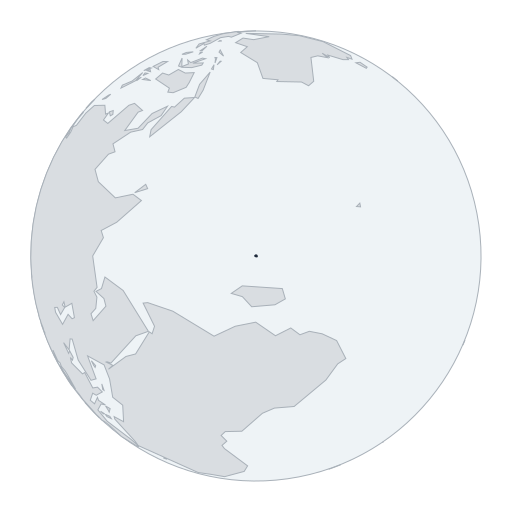 the Earth from above Mauritius, rotated 259°
{"feature_id": "MUS", "entity_name": "Mauritius", "entity_type": "country or territory", "adm_level": 0, "iso_a3": "MUS", "parent_name": "Seven seas (open ocean)", "parent_adm1": "", "projection": "orthographic", "projection_center": [57.545, -20.252], "detail": "fine", "context": "on_globe", "style": "filled", "palette": "slate", "viewbox_px": 512, "rotation_deg": 259, "n_neighbors": 0, "source": "natural_earth", "source_scale": "50m", "svg_char_len": 6103}
<svg xmlns="http://www.w3.org/2000/svg" viewBox="0 0 512 512"><g transform="rotate(259 256 256)"><circle cx="256" cy="256" r="225" fill="#eef3f6" stroke="#a8b0b8"/><path d="M32.8,286.7L33.7,292.6L34.9,299.3L32.8,286.7ZM48.8,344.4L49.3,345.6L49.4,345.8L48.8,344.4ZM132.0,444.1L129.0,442.0L129.3,442.2L132.9,444.7L133.6,445.1L132.0,444.1ZM228.3,32.4L231.5,32.1L225.9,33.0L219.1,33.8L221.2,34.1L223.0,33.5L226.1,33.3L232.0,32.2L234.5,32.1L236.0,31.6L239.6,31.4L238.7,31.6L250.6,30.8L259.5,30.8L261.0,30.8L260.2,30.8L261.1,30.8L272.0,31.3L272.6,31.3L268.9,31.1L277.9,31.8L279.0,31.9L277.5,32.0L279.4,32.2L281.6,32.2L279.7,32.0L296.9,34.5L313.9,38.3L330.5,43.4L346.7,49.8L362.3,57.4L377.3,66.2L391.6,76.1L405.1,87.1L417.7,99.1L418.7,100.3L427.5,110.1L430.9,114.3L429.5,113.5L424.6,107.1L419.4,101.8L416.8,98.7L412.9,96.2L409.1,91.8L407.9,92.6L413.0,97.8L417.8,101.1L418.5,104.6L428.8,116.3L434.6,126.1L432.8,136.4L424.0,135.4L424.5,138.4L418.6,132.2L414.4,135.8L428.2,160.0L429.0,165.9L420.5,172.4L419.7,167.7L404.2,151.1L403.9,164.6L415.7,181.2L419.9,197.7L411.9,189.6L407.3,175.1L401.8,168.8L401.5,156.6L393.4,137.0L385.2,137.5L384.1,130.6L371.8,114.5L359.0,115.4L339.9,129.0L340.1,147.0L332.3,154.1L315.7,125.7L310.6,108.9L303.1,109.7L287.2,95.7L255.5,94.0L252.3,90.2L246.0,92.0L235.1,88.7L230.8,83.0L223.6,83.8L235.4,99.1L243.3,98.6L251.8,92.2L253.5,98.1L264.2,103.7L247.5,119.0L202.6,136.0L200.6,122.8L178.6,93.2L180.6,89.6L180.6,89.3L180.5,88.6L176.0,94.6L173.0,89.6L182.2,109.2L182.8,119.1L201.9,136.8L199.5,139.2L206.4,143.0L231.3,136.2L230.9,140.8L217.7,163.8L185.3,199.5L191.0,222.2L191.1,243.1L174.0,259.9L178.7,276.4L170.3,284.1L171.9,294.0L167.0,306.1L157.6,319.0L138.2,324.6L134.5,315.6L120.9,300.9L101.0,264.7L103.2,245.1L100.4,232.3L86.7,208.7L89.5,192.3L86.5,187.5L79.8,192.0L76.6,186.5L72.9,188.3L51.6,207.7L46.8,203.3L45.4,183.0L50.5,169.5L54.5,157.9L92.4,104.2L97.0,102.1L122.8,86.3L125.4,86.1L118.6,94.4L135.0,96.7L144.7,88.4L163.3,88.8L178.1,86.1L190.1,71.6L165.9,75.6L165.5,70.3L187.8,61.6L209.5,59.7L210.1,57.7L199.5,54.6L207.7,50.6L196.2,53.5L198.5,55.0L191.4,57.2L188.8,56.0L191.8,54.4L186.2,54.6L173.4,63.2L174.3,65.6L157.6,70.6L157.5,75.4L151.9,79.2L149.8,72.6L152.5,69.5L146.0,65.8L141.7,69.3L147.5,73.4L144.3,73.9L138.5,79.8L140.3,75.7L135.1,71.4L122.1,78.5L100.0,98.2L93.6,103.2L90.8,104.3L104.5,89.5L117.2,80.2L122.3,75.8L124.5,73.2L128.2,70.9L130.7,69.1L136.0,66.0L148.2,58.7L154.3,55.9L163.7,50.7L168.1,48.9L161.3,52.2L159.8,53.5L175.5,48.3L179.9,46.6L184.7,43.9L188.5,43.3L191.1,41.4L202.4,38.7L190.9,40.9L196.3,38.9L205.6,36.5L205.3,36.5L190.1,40.6L185.9,42.1L185.7,42.5L172.5,48.1L166.1,50.5L172.0,47.0L163.6,50.5L164.8,50.0L180.2,43.9L195.9,38.9L212.0,35.1L228.3,32.4ZM75.4,126.5L73.4,130.0L75.4,126.5ZM230.1,66.0L244.7,66.2L242.2,58.9L247.7,58.7L244.9,56.5L242.0,58.4L235.8,53.0L243.5,51.2L243.9,48.6L239.0,48.5L225.8,53.1L234.6,60.4L229.5,63.5L230.1,66.0ZM144.8,60.1L143.1,61.3L139.1,63.9L127.0,71.3L133.2,67.2L132.8,67.4L144.8,60.1ZM130.7,82.1L133.2,81.4L137.5,79.7L134.0,83.7L130.7,82.1ZM126.8,79.1L129.4,77.8L126.5,81.9L124.0,82.9L126.8,79.1ZM133.3,73.8L129.8,77.4L130.2,76.0L133.3,73.8ZM163.9,51.1L166.9,49.9L166.3,50.4L163.4,51.8L163.9,51.1ZM184.6,74.4L178.9,77.7L177.3,76.8L179.5,75.8L184.6,74.4ZM154.1,80.1L159.9,80.2L153.1,81.2L154.1,80.1ZM285.4,364.1L288.1,368.0L284.3,368.0L285.4,364.1ZM229.3,236.8L219.0,275.6L208.3,276.6L204.5,265.3L207.0,242.1L218.7,234.9L224.0,224.6L229.3,236.8ZM451.1,254.3L454.1,258.0L453.8,258.9L451.1,254.3ZM448.1,248.0L451.8,251.3L447.1,249.7L448.1,248.0ZM453.3,252.6L457.1,253.8L458.7,253.6L458.2,255.5L453.3,252.6ZM445.3,246.1L428.8,235.7L421.7,229.2L423.8,226.3L435.3,233.4L445.3,246.1ZM423.3,225.9L411.9,210.2L393.3,174.4L400.0,177.1L418.9,201.7L417.7,204.4L424.6,215.8L423.3,225.9ZM449.1,221.4L447.8,230.3L439.1,223.6L434.9,219.6L432.1,205.8L433.7,200.7L437.3,203.0L448.9,191.3L453.4,199.2L450.3,204.9L453.9,215.4L449.1,221.4ZM341.3,149.0L347.4,161.4L342.8,162.5L341.3,149.0ZM451.8,181.5L448.3,186.2L450.9,178.4L451.8,181.5ZM452.3,173.2L453.4,177.6L450.8,172.1L452.3,173.2ZM426.0,143.6L422.3,142.5L421.4,139.7L425.5,139.6L426.0,143.6ZM439.0,134.7L442.1,142.2L442.5,144.3L439.3,138.6L439.0,134.7ZM400.7,428.6L403.3,426.3L406.1,424.0L400.7,428.6ZM419.2,400.1L426.6,390.9L426.3,395.1L420.2,401.1L419.2,400.1ZM440.4,347.8L416.5,346.0L413.1,340.1L418.1,333.9L423.3,309.7L424.8,311.2L429.0,296.7L445.5,294.2L458.7,279.8L463.1,287.4L469.3,276.7L472.4,284.8L468.8,295.0L468.8,310.8L476.5,288.4L469.0,323.2L464.0,340.6L453.6,362.8L434.7,387.1L430.9,387.8L433.6,383.1L431.1,384.3L432.2,378.8L439.5,364.9L436.7,366.2L442.4,359.7L437.0,364.1L440.7,354.8L440.4,347.8ZM458.4,262.3L463.2,258.6L465.1,260.2L458.4,262.3ZM479.7,280.0L477.1,299.0L477.8,293.7L479.0,280.3L477.5,283.7L475.5,273.6L476.8,271.0L477.1,262.9L473.5,251.6L472.8,245.5L474.6,245.5L471.4,236.6L475.0,240.6L475.9,252.1L477.7,248.6L479.6,256.7L480.5,266.2L480.0,278.5L479.7,280.0ZM473.9,260.6L474.4,261.7L473.6,263.5L473.9,260.6ZM479.8,281.9L480.1,278.2L480.2,277.7L479.8,281.9ZM466.6,240.2L466.3,242.5L465.2,239.1L466.6,240.2ZM468.2,240.6L471.3,247.9L467.8,242.3L468.2,240.6ZM456.1,219.3L457.4,226.3L461.5,226.3L458.3,228.8L460.5,241.2L459.3,244.1L457.3,230.8L455.6,241.0L453.7,239.2L453.2,228.8L455.4,219.2L457.3,216.2L464.4,221.2L456.1,219.3ZM468.4,233.4L467.5,225.4L468.1,221.8L469.1,226.6L468.4,233.4ZM463.7,206.2L460.0,195.9L457.5,196.1L461.7,191.2L464.7,201.8L463.7,206.2ZM459.2,187.6L457.0,187.7L458.7,184.4L459.2,187.6ZM455.9,184.6L454.7,179.4L456.9,182.0L455.9,184.6ZM460.5,189.1L459.4,181.2L461.3,187.1L460.5,189.1ZM451.4,167.8L457.7,179.8L451.0,171.1L446.6,155.5L449.2,157.4L451.4,167.8ZM439.5,125.3L436.6,121.3L436.7,121.5L439.5,125.3ZM436.2,120.8L435.3,119.7L437.7,122.9L440.7,127.7L434.9,119.7L433.5,117.3L436.2,120.8Z" fill="#d9dde1" stroke="#a8b0b8" stroke-width="1"/><path d="M256.4,256.9L255.9,257.0L255.4,257.0L255.2,256.8L255.2,256.7L255.3,256.6L255.3,256.3L255.4,255.9L255.5,255.7L255.8,255.6L255.9,255.2L256.1,255.0L256.4,255.0L256.7,255.4L256.9,255.8L256.9,256.3L256.7,256.5L256.4,256.9Z" fill="#64748b" stroke="#1e293b" stroke-width="1.5"/></g></svg>